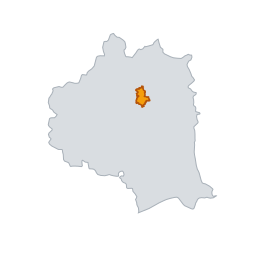 location of Babruysk, Mogilev, Belarus, rotated 255°
{"feature_id": "67162791B49466941565536", "entity_name": "Babruysk", "entity_type": "district", "adm_level": 2, "iso_a3": "BLR", "parent_name": "Belarus", "parent_adm1": "Mogilev", "projection": "orthographic", "projection_center": [29.167, 53.064], "detail": "fine", "context": "in_parent", "style": "filled", "palette": "amber", "viewbox_px": 256, "rotation_deg": 255, "n_neighbors": 0, "source": "geoboundaries", "source_scale": "gbopen_adm2", "svg_char_len": 7299}
<svg xmlns="http://www.w3.org/2000/svg" viewBox="0 0 256 256"><g transform="rotate(255 128 128)"><path d="M206.0,180.1L202.2,180.0L197.6,180.2L195.0,182.1L192.2,181.3L190.2,182.4L185.8,187.5L184.0,190.2L182.4,194.3L181.4,197.4L182.0,199.5L182.9,201.5L183.2,203.6L183.6,205.3L182.5,206.6L181.9,208.3L179.9,208.1L177.5,206.4L176.9,204.0L175.1,202.3L173.9,201.4L171.9,201.3L168.7,202.2L164.5,202.8L161.4,203.0L159.7,203.9L157.2,204.7L156.2,203.7L154.8,201.0L153.6,198.2L152.8,197.0L152.1,196.7L151.3,196.7L150.3,197.6L149.6,198.5L147.0,199.5L145.8,200.5L144.5,203.0L143.7,202.8L142.8,202.2L141.8,199.4L140.5,198.7L138.3,198.7L135.5,198.1L133.4,197.2L132.5,197.4L131.2,198.5L129.8,198.7L126.7,197.6L126.1,198.0L124.2,201.1L123.4,201.3L122.9,200.9L123.2,198.2L121.4,197.2L118.4,196.9L116.2,197.3L115.2,197.1L114.7,196.6L112.2,192.0L110.8,191.6L108.3,191.8L104.7,191.1L100.5,190.0L98.2,189.5L97.0,188.4L94.5,188.0L87.6,185.7L84.8,185.3L80.6,185.0L74.3,184.3L70.2,184.3L68.3,184.8L66.1,185.1L58.5,185.1L55.8,185.5L55.0,186.4L53.9,188.4L50.6,191.8L47.4,194.0L46.8,194.2L45.1,192.8L43.7,192.2L42.0,192.0L40.7,192.3L39.9,192.8L39.8,195.6L39.6,195.8L38.5,192.4L38.9,189.4L39.7,187.8L40.7,186.3L40.6,184.0L41.7,181.0L41.9,178.8L41.6,177.8L40.9,176.6L39.1,175.2L38.3,174.2L35.8,172.7L33.3,170.9L32.9,169.9L33.1,169.2L33.6,168.3L35.9,165.5L38.2,162.7L39.7,161.7L47.3,158.6L48.5,157.3L48.9,155.2L49.1,150.7L49.0,146.7L48.6,143.9L47.6,138.5L44.8,127.5L43.4,116.1L44.8,116.9L48.2,117.4L50.9,116.8L52.3,116.8L53.5,117.1L57.1,116.8L57.9,117.8L59.4,118.8L62.6,117.8L65.5,116.4L68.3,116.7L68.8,116.0L69.7,112.0L70.6,111.2L74.0,111.8L75.3,111.2L76.7,109.3L78.8,108.2L80.4,108.3L82.2,107.0L83.1,108.0L83.4,109.6L82.7,110.9L83.0,111.4L84.1,112.1L86.2,112.2L87.6,111.7L87.9,111.0L88.0,109.6L87.7,108.4L86.9,107.2L85.3,106.6L84.1,106.5L84.0,105.8L84.4,104.3L85.6,101.6L86.9,99.2L87.7,98.3L87.9,97.5L87.8,96.0L87.9,93.3L89.2,89.5L90.9,86.8L92.9,85.9L95.3,85.5L97.0,84.3L97.8,82.7L98.5,80.3L99.3,79.9L105.1,80.4L106.1,78.0L106.7,77.3L107.8,76.6L108.6,75.8L108.3,75.1L106.9,74.6L103.4,74.1L102.7,73.3L103.0,72.3L104.0,69.9L105.0,66.7L105.6,64.2L105.7,62.7L106.2,62.3L109.0,61.9L110.0,61.5L112.5,58.1L114.3,57.6L119.1,58.6L121.3,58.6L124.0,58.9L124.3,58.6L125.3,55.2L130.1,49.9L132.6,48.1L134.2,47.7L134.8,47.8L137.2,50.7L137.8,50.8L139.5,49.6L142.4,49.5L143.7,50.5L145.6,54.1L146.6,54.5L149.4,52.5L151.0,51.9L152.0,51.9L157.3,54.6L157.7,55.5L157.7,56.5L156.9,59.7L158.0,61.7L159.3,63.0L162.1,60.8L163.1,60.2L164.2,60.1L165.6,59.3L166.7,58.1L167.7,57.6L169.7,57.9L173.2,57.6L177.4,59.4L177.7,60.0L179.8,62.2L180.6,63.3L181.3,63.7L182.4,64.7L183.9,65.4L184.9,65.2L185.4,65.5L185.9,66.4L186.0,67.8L185.9,72.1L184.5,74.3L184.3,75.1L184.4,76.0L185.6,77.8L187.2,80.6L187.6,82.2L187.6,83.4L185.6,87.1L185.0,88.0L184.5,89.8L184.3,91.6L184.5,92.3L188.1,95.1L190.7,96.6L191.3,97.4L191.4,97.8L190.1,101.0L190.0,101.8L192.1,103.0L193.3,105.0L194.5,108.3L196.6,111.4L204.2,115.7L204.9,116.5L205.2,117.5L205.0,119.7L203.8,123.8L205.1,124.4L208.4,124.1L212.5,124.4L217.5,127.1L217.6,128.4L217.1,129.6L217.5,130.9L218.1,131.9L222.5,135.0L222.9,135.9L223.1,137.5L223.0,138.6L221.9,138.9L220.6,139.5L218.5,141.0L217.8,143.0L214.4,145.9L212.3,147.2L210.6,147.3L206.5,146.9L205.0,145.7L204.4,144.4L202.8,144.0L200.8,144.0L197.9,144.3L197.3,144.7L196.9,146.2L195.8,148.8L194.9,150.3L198.7,155.3L200.6,157.3L201.3,158.6L201.3,159.5L200.4,160.6L200.6,162.8L202.5,165.5L201.9,166.0L201.9,169.5L202.0,173.3L202.5,174.2L203.5,174.9L204.4,176.2L205.9,179.3L206.0,180.1Z" fill="#d9dde1" stroke="#a8b0b8" stroke-width="1"/><path d="M164.8,152.0L164.6,151.9L164.2,151.7L163.8,151.5L163.7,151.3L163.5,151.1L163.5,150.9L163.3,150.7L163.5,150.4L163.6,150.1L163.8,149.9L163.9,149.7L163.8,149.2L163.6,149.3L163.3,149.3L163.0,149.2L162.9,149.0L162.7,148.7L162.8,148.4L163.0,148.3L163.1,148.1L163.2,147.9L163.1,147.7L163.2,147.4L163.2,147.2L163.4,147.0L163.4,146.9L163.3,146.6L163.3,146.3L163.2,146.1L162.9,146.1L162.6,146.1L162.6,145.9L162.7,145.6L162.8,145.5L162.7,145.4L162.2,145.4L162.1,145.5L161.9,145.8L161.7,145.8L161.5,146.0L161.4,146.1L161.2,146.2L161.0,146.3L160.9,146.4L160.8,146.6L160.7,146.7L160.6,146.8L160.4,146.9L160.2,146.9L159.9,146.9L159.7,146.8L159.6,146.7L159.5,146.4L159.4,146.2L159.2,145.7L159.2,145.4L159.3,145.3L159.3,145.2L159.2,145.1L158.9,145.2L158.7,145.4L158.3,145.4L158.1,145.3L157.9,145.2L157.6,145.0L157.4,145.0L157.2,145.0L156.9,145.0L156.8,144.9L156.5,144.9L156.2,144.9L156.1,145.1L156.3,145.3L156.5,145.3L156.8,145.6L156.9,146.0L156.7,146.2L156.5,146.3L156.3,146.5L156.1,146.6L156.0,146.3L156.0,146.2L155.9,146.1L155.7,145.8L155.6,145.7L155.7,145.3L155.7,145.2L155.8,145.1L155.7,144.9L155.3,144.9L155.3,145.1L155.2,145.2L155.1,145.3L155.0,145.2L154.9,145.0L154.8,144.9L154.7,144.6L154.5,144.4L154.5,144.2L154.4,144.1L154.0,144.1L153.9,144.1L153.7,144.0L153.6,143.9L153.3,143.8L153.2,143.8L153.2,143.6L153.1,143.4L152.8,143.3L152.7,143.2L152.4,143.0L152.2,142.9L151.8,142.8L151.6,142.9L151.5,143.0L151.3,143.0L151.1,142.9L150.9,142.8L150.8,142.6L150.7,142.5L150.5,142.4L150.3,142.4L150.1,142.4L149.9,142.5L149.7,142.6L149.6,142.9L149.5,143.0L149.6,143.4L149.7,143.6L149.9,143.6L150.0,143.7L150.1,143.9L150.1,144.0L149.8,144.3L149.6,144.3L149.4,144.3L149.2,144.4L149.1,144.5L149.0,144.8L148.8,144.8L148.7,144.8L148.4,144.7L148.2,144.7L148.1,144.8L148.0,145.0L147.9,145.4L147.9,145.5L147.8,145.8L147.7,146.0L147.4,146.2L147.2,146.3L147.0,146.5L146.9,146.8L146.7,147.0L146.3,147.1L146.1,147.3L145.9,147.5L145.7,147.5L145.7,147.4L145.7,147.2L145.4,147.3L145.2,147.3L145.0,147.1L145.0,146.9L144.9,146.8L144.7,147.0L144.5,147.3L144.6,147.7L144.6,147.8L144.8,148.0L145.0,148.3L145.0,148.5L144.9,148.7L144.9,148.8L144.9,149.0L145.1,149.0L145.4,148.9L145.5,148.8L145.9,148.8L146.2,148.8L146.3,148.8L146.5,149.0L146.6,149.4L146.7,149.5L146.6,149.9L146.4,150.0L146.4,150.3L146.5,150.4L146.5,150.5L146.8,150.7L147.0,150.6L147.3,150.7L147.5,150.7L147.5,150.8L147.7,151.0L147.6,151.3L147.9,151.4L148.0,151.2L148.3,151.3L148.5,151.5L148.4,151.8L148.3,152.0L148.5,152.2L148.6,152.3L148.6,152.6L148.8,152.8L149.0,152.6L149.0,152.4L149.1,152.2L149.3,152.3L149.4,152.5L149.5,152.6L149.7,153.0L149.5,153.3L149.4,153.4L149.3,153.5L149.3,153.8L149.3,154.1L149.4,154.3L149.4,154.6L149.2,154.8L148.9,154.9L148.8,155.0L148.8,155.3L148.8,155.5L148.8,155.8L148.8,156.0L149.1,156.2L149.3,156.1L149.5,156.0L149.8,156.1L150.0,156.1L150.0,155.9L150.5,155.8L151.1,155.8L151.3,155.8L151.6,155.7L151.9,155.6L152.1,155.5L152.3,155.8L152.5,155.9L152.8,155.7L152.9,155.4L152.9,155.2L153.0,154.9L152.9,154.7L152.8,154.3L152.9,154.2L153.1,154.0L153.3,153.8L153.4,153.6L153.7,153.4L153.8,153.2L154.0,152.8L154.1,152.6L154.1,152.4L154.1,152.2L154.3,152.0L154.5,152.1L154.7,152.4L154.9,152.5L155.1,152.6L155.3,152.9L155.5,153.0L155.9,153.1L156.1,153.0L156.5,153.0L156.8,153.0L157.0,153.1L157.3,153.2L157.4,153.4L157.5,153.7L157.8,153.8L158.0,153.7L158.1,153.3L158.3,153.4L158.4,153.5L158.5,153.9L158.8,154.1L159.1,154.1L159.4,154.0L159.7,153.7L159.9,153.4L160.2,153.1L160.6,152.9L160.9,152.8L161.3,152.7L161.5,152.8L161.9,152.9L162.0,152.9L162.3,152.6L162.6,152.6L163.0,152.8L163.3,152.8L163.5,152.8L163.5,153.1L163.6,153.3L163.9,153.2L164.2,153.2L164.5,153.1L164.5,152.6L164.7,152.3L164.8,152.0L164.8,152.0Z" fill="#f59e0b" stroke="#b45309" stroke-width="1.5"/></g></svg>